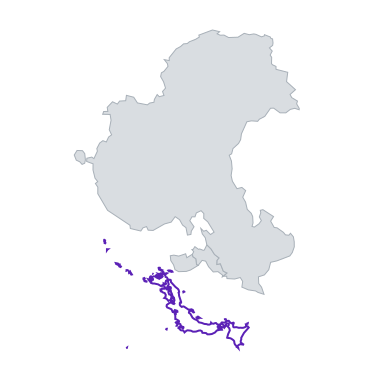 Japan shown with its bordering countries, rotated 85°
{"feature_id": "JPN", "entity_name": "Japan", "entity_type": "country or territory", "adm_level": 0, "iso_a3": "JPN", "parent_name": "Asia", "parent_adm1": "", "projection": "orthographic", "projection_center": [135.292, 34.888], "detail": "fine", "context": "with_neighbors", "style": "outline", "palette": "violet", "viewbox_px": 384, "rotation_deg": 85, "n_neighbors": 3, "source": "natural_earth", "source_scale": "50m", "svg_char_len": 9453}
<svg xmlns="http://www.w3.org/2000/svg" viewBox="0 0 384 384"><g transform="rotate(85 192 192)"><path d="M275.8,164.1L279.3,169.3L277.5,168.8L273.6,173.1L273.5,177.8L267.9,182.0L262.1,184.4L261.0,187.9L265.6,192.2L264.8,193.8L258.9,194.1L256.6,196.9L254.0,197.0L251.6,195.5L249.3,197.1L249.2,195.8L246.7,193.9L249.7,190.5L249.4,189.3L251.1,185.9L250.9,184.8L245.9,181.8L250.4,178.0L256.2,175.0L260.1,170.7L262.2,172.9L266.4,173.5L265.9,170.0L273.6,167.7L275.8,164.1Z" fill="#d9dde1" stroke="#a8b0b8" stroke-width="1"/><path d="M254.0,197.0L256.6,196.9L258.9,194.1L264.8,193.8L265.6,192.2L269.6,200.3L270.6,204.6L270.2,212.2L267.9,215.7L263.0,216.7L258.5,219.1L253.6,219.2L253.3,215.6L254.7,210.8L253.0,203.7L257.0,202.9L254.0,197.0Z" fill="#d9dde1" stroke="#a8b0b8" stroke-width="1"/><path d="M144.9,306.1L140.6,302.9L141.3,297.5L144.4,295.5L150.8,295.4L154.0,296.4L154.9,299.1L152.1,301.2L150.2,304.5L144.9,306.1ZM72.3,100.7L74.2,97.4L77.1,97.6L81.1,86.2L90.3,88.2L99.1,80.0L103.4,85.8L106.7,84.4L110.6,79.0L113.3,80.1L118.0,77.9L119.4,78.1L117.6,82.4L118.3,86.9L121.3,91.6L120.8,97.4L115.6,103.3L115.4,106.5L123.0,112.9L125.4,118.6L127.3,120.4L126.3,126.6L126.8,131.2L138.4,137.7L144.1,139.0L147.7,141.4L152.3,147.4L157.4,149.2L158.6,151.7L164.7,150.0L172.4,150.0L179.0,151.6L184.8,150.8L192.6,146.9L191.8,141.9L195.3,138.4L201.6,141.9L206.8,139.5L214.1,138.5L218.3,134.9L221.7,133.7L228.2,133.9L231.5,135.2L232.4,133.0L229.5,128.0L226.5,125.4L222.7,127.1L218.8,125.3L216.2,125.6L215.8,122.9L223.6,112.9L227.9,116.2L234.5,113.2L235.1,110.4L240.2,104.4L242.8,102.7L243.5,99.3L241.7,97.5L245.5,94.9L250.5,94.5L255.6,94.9L261.1,97.4L264.2,100.1L268.0,113.4L268.9,119.8L276.1,122.3L280.9,127.1L282.3,133.2L289.0,133.5L292.9,131.0L300.2,129.2L297.8,135.0L296.1,137.3L294.4,144.4L291.1,150.6L285.5,149.3L281.4,151.4L282.4,157.1L281.3,164.7L278.9,164.8L278.7,168.1L275.8,164.1L273.6,167.7L265.9,170.0L266.4,173.5L262.2,172.9L260.1,170.7L256.2,175.0L250.4,178.0L245.9,181.8L238.7,182.8L234.6,185.4L229.0,186.4L232.1,183.8L231.4,181.1L236.0,177.3L233.9,173.5L223.1,178.9L219.3,182.6L214.5,182.1L211.4,184.6L213.2,189.5L217.0,191.2L216.7,194.2L220.4,196.7L226.8,193.0L230.9,196.1L234.2,196.8L234.5,200.3L227.0,201.1L224.1,204.3L218.5,206.8L215.1,210.9L220.2,215.4L221.4,222.1L226.9,234.1L226.2,239.0L222.5,240.3L223.4,243.9L226.4,246.4L223.0,256.6L219.7,256.7L202.9,277.7L185.5,286.0L179.0,285.4L175.1,287.5L173.4,285.0L169.8,287.4L161.4,288.7L155.3,288.1L152.4,294.3L149.2,293.8L148.5,288.8L150.2,286.8L143.1,282.7L140.4,283.0L135.2,279.7L133.1,276.3L134.7,273.0L130.0,270.3L128.0,267.1L122.8,269.0L113.5,266.4L107.6,266.8L106.8,274.2L104.1,273.0L104.4,268.8L100.3,269.1L95.2,263.3L97.9,258.7L95.1,256.2L95.3,250.1L90.0,248.9L92.5,241.8L98.5,238.6L101.3,228.8L99.7,226.4L99.3,222.1L96.5,221.4L91.9,218.2L94.2,216.3L93.4,211.5L89.3,212.6L86.2,209.3L79.8,210.7L74.3,213.2L70.6,212.1L69.4,209.5L64.8,205.0L62.0,205.3L57.7,208.1L59.1,203.2L56.2,203.0L48.1,195.3L46.1,190.7L43.7,187.5L43.7,183.8L42.1,181.5L40.2,175.1L38.3,171.2L36.3,171.5L32.4,157.5L34.7,150.5L36.6,153.2L38.2,150.4L38.5,146.4L41.3,142.1L41.8,132.7L38.5,126.2L40.3,121.2L39.9,116.7L40.5,114.6L43.5,109.2L42.8,106.4L41.6,106.1L44.4,100.5L45.9,100.0L46.5,98.4L50.6,98.3L53.0,98.9L55.2,102.3L58.6,99.8L62.4,102.2L64.8,100.9L71.1,101.6L72.3,100.7Z" fill="#d9dde1" stroke="#a8b0b8" stroke-width="1"/><path d="M330.7,174.5L331.8,174.2L331.7,176.2L332.0,178.7L332.2,179.4L334.0,181.4L335.2,184.6L335.3,187.0L335.1,189.1L333.9,190.1L333.5,191.5L333.2,193.9L331.4,194.4L330.7,195.7L330.6,197.0L331.4,200.2L331.3,202.5L331.2,203.3L330.1,205.1L329.4,208.4L329.7,209.6L331.2,211.7L330.0,212.2L329.1,213.2L328.9,214.8L328.6,215.4L327.1,216.4L326.4,217.4L326.0,217.3L325.7,217.0L325.9,216.7L325.7,214.8L327.1,212.8L326.5,212.3L325.7,212.4L325.4,213.5L324.8,214.1L324.9,214.7L325.3,215.1L325.0,215.8L323.9,214.9L322.7,215.1L322.1,215.9L321.9,218.0L321.4,218.9L320.6,219.5L320.2,219.0L320.3,217.1L320.9,216.8L319.8,216.2L319.1,216.4L317.4,218.8L317.1,219.7L313.6,219.4L311.0,220.0L312.2,219.2L312.1,218.7L310.8,218.8L310.4,218.3L310.3,219.1L309.9,219.0L309.8,217.4L310.0,217.0L309.5,216.9L308.9,217.4L308.1,219.4L310.0,221.0L309.9,221.7L307.0,222.7L304.8,226.8L303.6,227.3L302.2,226.9L300.5,223.9L300.3,222.0L301.4,221.2L302.0,219.8L301.7,219.6L300.0,219.7L298.4,218.9L295.7,219.2L294.2,220.4L291.3,221.0L289.6,221.8L289.0,221.6L287.0,222.1L285.7,221.4L285.1,221.5L284.7,222.2L284.1,224.7L281.9,223.2L279.1,223.8L278.3,223.3L277.4,223.5L277.4,221.7L278.0,220.8L279.9,220.8L285.0,216.9L287.4,214.4L288.6,213.8L290.5,213.5L291.1,214.2L292.3,213.9L294.3,213.9L300.7,212.4L301.2,212.5L301.0,213.4L301.5,213.8L303.4,214.0L304.6,213.3L305.6,212.2L305.2,210.8L305.5,209.9L308.8,205.8L309.0,204.4L308.8,202.8L309.5,201.5L312.0,200.6L312.1,201.1L309.8,203.3L310.3,203.9L310.5,205.1L311.7,205.6L312.2,205.5L313.1,204.3L317.3,202.4L318.8,200.7L320.1,198.2L322.5,196.4L323.2,193.8L324.5,191.2L324.9,188.9L325.5,187.7L325.6,186.2L325.1,184.8L323.8,184.4L324.7,183.7L325.1,182.1L324.6,180.3L324.7,179.4L326.2,178.2L326.5,177.1L326.3,176.1L326.6,175.6L327.8,175.8L328.2,177.8L328.6,178.2L329.4,177.4L330.4,177.7L330.9,177.0L330.8,175.6L330.6,175.3L328.7,176.1L328.6,175.4L329.2,173.7L330.7,174.5ZM341.6,155.7L342.9,155.7L344.8,156.5L345.9,156.5L346.6,156.1L348.7,153.6L347.9,156.7L347.9,157.4L348.1,158.1L349.4,160.3L350.1,160.4L350.9,159.6L351.6,159.5L350.7,160.2L350.2,161.1L349.5,161.1L347.6,162.5L346.3,162.9L344.2,163.0L343.2,163.7L341.5,165.7L340.9,166.9L340.5,169.1L340.2,169.7L336.5,168.3L333.2,166.4L331.0,166.7L329.1,168.2L327.6,166.9L326.5,166.9L326.0,167.8L325.9,168.7L326.9,169.7L327.9,169.7L330.1,171.7L329.4,172.2L327.7,171.7L325.9,174.2L325.4,174.4L324.8,174.1L324.5,173.5L325.0,171.2L324.7,170.2L323.5,168.9L323.5,166.9L323.6,166.5L324.7,165.9L326.1,164.4L326.4,163.7L325.9,163.0L325.8,162.1L326.2,161.8L327.9,162.6L329.4,162.7L330.2,162.5L330.5,162.0L330.5,159.6L331.4,157.1L331.4,155.5L331.7,154.0L331.7,152.5L331.3,151.1L330.6,149.7L330.8,148.1L332.0,147.3L336.9,152.5L341.6,155.7ZM278.1,225.6L279.8,226.3L281.0,225.8L281.6,226.2L281.7,226.8L280.6,228.3L282.6,228.5L282.3,229.4L282.9,229.9L282.6,230.4L283.1,231.0L281.1,233.7L279.9,237.5L279.8,238.9L279.1,240.6L277.6,240.3L277.4,240.7L277.7,241.5L275.3,243.0L276.0,241.3L275.6,239.3L276.1,239.0L276.0,238.5L275.3,238.4L274.7,239.4L274.6,240.4L275.2,241.3L274.8,241.9L272.7,241.0L272.4,240.3L273.2,240.0L273.4,239.0L272.7,237.9L272.9,235.8L274.0,235.0L275.5,232.4L274.7,232.1L275.2,231.6L275.1,231.0L274.2,229.2L273.5,228.6L272.8,229.1L273.0,230.8L273.9,230.8L273.9,231.8L273.4,231.9L272.3,231.3L270.7,232.5L271.1,231.5L270.3,230.5L270.4,229.2L271.1,230.4L272.0,230.7L271.5,229.6L269.9,228.1L270.1,227.4L271.4,227.6L271.3,226.8L273.2,225.8L274.3,225.7L275.0,224.4L276.3,223.8L277.6,224.2L278.1,225.6ZM296.3,222.2L297.8,222.4L298.0,224.9L298.3,225.1L296.3,226.5L295.6,227.6L295.2,228.8L294.0,227.5L292.2,227.1L290.3,228.0L289.5,229.8L288.8,230.5L288.5,231.4L287.5,232.0L286.6,231.9L287.0,231.0L285.9,230.8L285.9,230.2L285.5,229.9L286.0,228.4L285.4,228.1L285.5,227.4L283.4,228.0L286.8,225.8L287.6,223.8L288.5,223.1L289.5,224.3L289.9,224.2L292.0,223.7L292.3,222.9L292.1,222.2L292.7,222.3L294.0,221.6L294.7,221.5L296.3,222.2ZM260.0,270.8L257.6,272.0L257.8,272.7L257.1,273.1L257.1,273.8L256.2,274.1L256.8,272.0L258.1,271.0L257.8,270.7L257.9,270.3L259.0,270.6L260.0,269.3L260.5,269.7L260.0,270.8ZM317.3,198.5L316.6,198.4L316.9,198.3L317.1,197.5L316.7,197.3L316.7,196.8L318.0,195.2L317.8,196.8L318.4,196.8L318.0,197.9L317.3,198.5ZM267.5,260.6L266.9,261.5L265.8,260.7L268.9,259.1L269.0,259.7L267.5,260.6ZM273.0,234.1L271.9,235.0L271.6,234.7L272.0,234.4L271.8,234.0L272.0,232.9L272.9,232.8L273.0,234.1ZM299.4,222.0L298.8,222.6L298.3,222.5L297.9,222.0L298.9,220.8L299.8,220.3L299.2,221.3L299.4,222.0ZM274.8,247.9L273.8,247.9L273.5,247.0L274.1,246.6L274.9,247.1L275.1,247.2L274.8,247.9ZM269.8,219.4L269.1,220.9L268.6,220.5L269.0,218.9L269.7,218.5L269.8,219.4ZM276.7,247.1L276.2,247.2L276.2,246.8L277.4,244.3L277.3,245.5L276.7,247.1ZM264.7,230.7L265.6,230.9L265.9,231.7L264.7,231.9L264.5,231.5L264.7,230.7ZM268.6,222.1L268.2,222.4L268.1,221.9L268.3,220.8L268.9,221.1L268.6,222.1ZM233.2,283.8L232.0,283.6L232.0,283.4L232.6,282.8L233.5,283.3L233.2,283.8ZM291.1,209.3L290.4,209.4L290.2,209.1L290.3,208.7L290.7,208.4L291.1,209.3ZM267.0,230.5L266.6,229.7L267.2,228.6L267.6,229.5L267.0,230.5ZM235.8,282.1L235.3,283.5L234.7,283.5L234.4,282.9L235.2,282.8L235.8,282.1ZM264.7,264.1L264.1,264.0L264.2,262.9L264.4,262.8L264.7,264.1ZM329.4,149.8L328.5,149.9L328.5,149.5L329.0,149.3L329.4,149.8ZM274.0,233.6L273.5,233.6L273.3,233.3L274.0,233.0L274.5,233.1L274.0,233.6ZM321.8,170.3L321.6,170.3L321.6,169.5L322.2,169.3L321.8,170.3ZM284.5,224.0L285.0,224.3L285.8,224.3L285.3,224.7L284.5,224.5L284.5,224.0ZM328.0,148.0L328.0,149.1L327.6,147.9L328.0,148.0ZM269.4,228.1L268.7,228.4L269.3,227.4L269.9,227.2L269.4,228.1ZM242.6,281.8L241.6,281.7L241.7,280.8L242.0,281.3L242.6,281.8ZM271.2,224.7L270.8,225.0L270.6,224.8L270.8,224.0L271.2,224.7ZM296.3,220.4L295.7,221.1L295.3,220.4L296.1,220.4L296.3,220.4ZM266.7,261.7L266.1,261.7L265.9,261.1L266.3,261.2L266.7,261.7ZM323.9,218.6L323.9,219.0L323.6,218.9L323.4,218.3L323.9,218.6ZM270.5,237.7L269.9,238.6L270.0,238.1L270.5,237.7ZM286.3,222.6L286.4,223.2L285.9,223.1L286.3,222.6ZM326.5,229.6L326.1,229.4L326.1,229.1L326.7,229.3L326.5,229.6ZM341.7,270.5L341.8,271.1L341.4,270.4L341.7,270.5Z" fill="none" stroke="#5b21b6" stroke-width="2"/></g></svg>